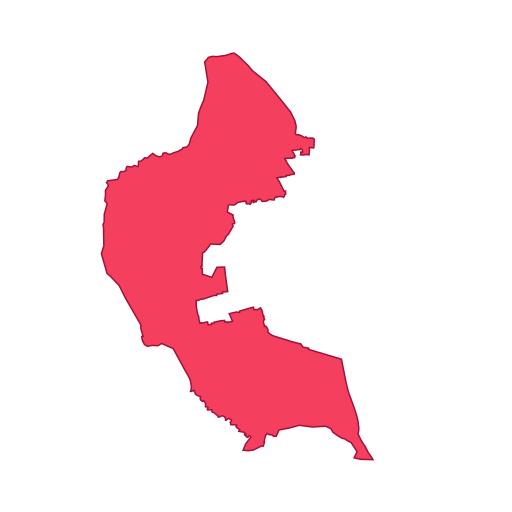 outline of Ungogo, Kano, Nigeria, rotated 284°
{"feature_id": "59680162B36976404849364", "entity_name": "Ungogo", "entity_type": "district", "adm_level": 2, "iso_a3": "NGA", "parent_name": "Nigeria", "parent_adm1": "Kano", "projection": "natural_earth1", "projection_center": [8.508, 12.042], "detail": "fine", "context": "isolated", "style": "filled", "palette": "rose", "viewbox_px": 512, "rotation_deg": 284, "n_neighbors": 0, "source": "geoboundaries", "source_scale": "gbopen_adm2", "svg_char_len": 6033}
<svg xmlns="http://www.w3.org/2000/svg" viewBox="0 0 512 512"><g transform="rotate(284 256 256)"><path d="M360.8,269.7L361.5,269.4L361.8,269.6L362.4,269.8L362.5,269.4L362.8,269.4L363.2,268.9L364.1,268.4L366.3,266.0L367.2,265.5L369.9,272.8L370.3,273.2L371.0,273.5L370.2,275.1L369.8,275.5L369.1,275.6L368.5,276.0L367.8,276.1L367.8,274.4L364.9,274.7L365.3,277.0L366.6,280.2L366.9,283.0L368.0,283.0L374.2,281.6L374.8,285.9L378.4,285.4L379.7,284.9L381.4,284.8L382.6,284.6L383.3,284.2L383.8,283.8L384.1,283.0L384.1,282.4L384.0,281.6L383.4,279.7L383.0,278.9L382.8,277.9L383.6,275.4L383.1,275.0L382.7,274.5L382.7,273.7L383.5,271.6L383.9,270.0L383.9,267.9L383.6,266.5L383.7,265.4L384.3,264.6L387.9,264.1L389.8,264.0L392.5,263.2L394.2,262.2L396.8,260.9L404.0,254.8L411.8,244.7L427.6,223.6L434.8,208.0L437.1,204.6L438.6,202.8L440.9,199.0L442.1,196.6L444.2,193.5L445.8,190.2L447.6,185.7L446.5,183.1L444.7,180.4L443.3,178.0L440.0,169.9L439.2,165.4L437.2,161.8L434.6,160.7L432.0,159.2L413.0,167.3L394.5,167.6L389.6,166.7L380.9,165.7L369.1,167.6L367.6,167.5L354.9,164.3L348.1,164.1L345.0,162.5L343.5,158.9L342.1,158.6L338.7,155.1L336.1,150.9L334.3,148.8L333.5,146.7L334.3,144.2L333.9,142.2L333.4,141.1L332.7,140.9L331.7,141.0L330.7,140.9L329.9,140.1L329.2,139.2L328.8,137.3L329.2,134.3L330.6,131.0L324.7,126.7L324.5,124.4L320.3,121.5L319.5,119.2L314.4,120.0L314.1,118.9L314.3,117.5L314.4,115.8L312.3,114.1L311.7,109.2L310.2,108.8L307.4,109.1L305.7,106.8L305.4,104.6L303.6,103.7L299.5,103.8L296.9,103.2L293.1,93.9L291.0,93.2L290.3,94.5L288.2,95.8L283.2,94.0L279.3,95.1L272.9,96.0L271.0,98.9L259.7,98.7L252.0,100.5L249.7,99.9L245.4,101.6L240.8,102.7L229.1,105.9L220.9,105.4L207.0,113.4L203.0,115.7L201.2,119.5L194.1,130.5L184.0,139.1L161.3,160.9L157.8,161.8L150.8,165.8L150.3,164.6L146.7,166.1L143.1,169.2L142.1,172.5L144.2,177.0L145.2,182.5L148.3,185.7L146.1,198.1L128.2,214.5L123.7,218.9L119.7,222.2L113.7,224.9L110.8,225.3L108.8,225.2L109.0,226.3L110.0,227.1L110.6,228.5L109.6,228.8L109.1,230.0L107.9,230.0L106.9,231.5L106.3,233.8L106.2,236.4L105.3,236.2L104.2,236.3L103.0,237.0L102.1,238.6L101.9,239.3L102.8,240.0L102.7,240.8L100.1,243.1L99.0,243.1L97.7,243.3L97.4,243.5L97.7,244.9L97.6,245.8L97.3,246.2L96.7,246.2L95.8,245.8L95.1,245.9L94.9,246.5L96.2,250.3L95.9,250.7L95.5,250.5L94.7,250.7L93.9,251.2L93.8,252.8L93.4,254.0L92.6,255.9L91.9,257.2L91.4,257.8L90.5,258.3L91.3,260.1L91.7,260.6L92.6,261.2L92.8,263.2L92.7,263.7L91.7,265.3L89.3,266.2L89.6,267.0L90.6,267.4L91.7,268.2L91.2,271.8L91.0,272.0L89.1,271.7L88.3,271.2L87.3,272.0L86.6,272.1L86.2,272.5L86.6,274.3L87.1,276.0L87.3,277.3L87.1,278.3L86.0,277.8L85.0,278.6L83.5,282.3L82.3,281.8L81.7,281.7L82.1,287.0L81.8,287.7L79.9,288.0L79.6,288.5L80.5,289.4L79.0,289.5L78.4,290.3L78.0,291.4L78.3,292.2L79.5,292.2L79.8,292.8L80.0,293.7L79.2,294.8L71.0,291.4L64.4,290.5L65.3,295.9L67.2,300.6L72.9,307.1L73.3,309.1L76.7,309.2L79.3,308.7L82.7,308.6L84.8,309.0L86.6,309.7L85.8,312.2L86.2,313.8L86.2,314.6L85.8,315.5L85.5,316.2L85.3,317.0L85.9,318.5L85.9,319.2L92.8,320.5L97.1,329.8L102.2,338.9L103.7,351.9L107.7,364.9L106.5,370.5L103.6,373.3L101.5,378.5L99.9,383.7L100.1,386.3L99.1,388.7L98.0,393.4L90.6,401.4L83.9,400.0L84.0,406.8L86.7,418.8L90.7,414.6L92.1,412.8L97.7,408.0L99.2,406.1L102.9,402.3L108.2,398.0L111.7,397.9L114.5,397.2L120.2,395.0L125.8,392.1L128.0,390.8L131.2,388.8L141.5,381.9L144.2,380.0L147.4,378.0L155.0,374.0L176.5,363.9L178.1,329.5L179.3,329.5L179.0,323.5L180.1,322.3L181.7,320.4L181.7,319.7L181.4,319.5L181.3,319.2L181.5,317.8L181.6,310.5L182.7,292.0L183.6,288.7L184.6,286.7L184.8,285.9L187.1,285.6L188.7,284.4L190.3,282.7L189.7,281.2L191.2,280.7L191.4,280.4L192.6,279.7L194.3,279.0L195.9,279.3L196.0,279.2L196.4,279.7L197.2,279.3L198.7,277.9L199.2,278.4L199.8,277.9L199.7,277.6L200.0,277.3L202.9,275.9L203.2,275.9L204.3,275.2L206.8,272.9L204.5,270.7L203.4,267.2L205.7,265.9L205.1,264.6L198.6,253.4L197.3,253.7L196.9,250.5L193.6,244.0L187.0,249.0L186.5,247.9L185.7,246.8L185.7,246.5L184.7,244.8L185.2,244.4L185.1,244.1L184.4,241.7L185.9,241.1L184.7,237.6L183.1,234.2L182.0,232.3L181.7,231.4L180.7,231.6L180.0,229.0L178.7,229.3L177.7,226.3L180.3,224.9L179.8,223.6L177.5,219.2L177.9,219.0L177.3,217.8L178.2,217.3L180.2,216.2L183.4,215.1L184.6,214.0L189.0,211.8L192.9,210.2L198.3,208.7L199.2,211.2L200.6,212.7L201.4,215.1L203.5,218.5L205.1,220.8L205.7,222.0L207.1,223.9L208.0,226.3L208.2,227.4L209.4,227.1L210.9,230.9L211.6,232.7L212.9,232.1L213.7,234.5L214.0,235.7L214.7,237.2L216.4,236.4L231.1,230.6L237.7,228.2L235.6,220.8L224.6,218.3L225.2,210.6L225.2,208.5L231.1,206.8L230.8,205.6L233.1,205.2L233.2,206.1L234.9,205.6L246.3,203.4L247.5,205.0L253.3,207.8L256.7,209.0L258.5,218.4L262.6,221.1L268.2,222.5L270.6,224.1L273.4,224.8L274.3,225.2L275.4,225.4L279.3,226.6L281.3,225.3L281.7,225.9L282.0,226.7L282.3,227.2L282.8,227.4L283.3,227.3L284.1,226.9L287.3,224.9L289.6,223.6L290.2,223.9L291.7,217.7L292.8,217.5L298.4,217.0L299.3,217.6L300.0,221.5L300.4,222.7L301.2,223.7L302.5,224.5L303.7,225.6L305.8,230.2L306.7,232.5L306.4,233.3L305.5,233.3L304.9,233.6L304.5,234.0L304.4,234.4L304.3,234.7L305.0,236.1L305.1,236.5L305.0,237.1L304.7,237.5L304.9,237.8L305.1,238.0L306.3,238.4L306.5,238.6L307.1,238.6L307.6,238.4L307.9,238.0L308.2,237.9L308.5,238.1L309.2,239.1L309.5,240.6L309.2,240.8L308.7,240.6L308.1,240.7L308.1,240.3L307.9,240.0L307.7,240.1L307.6,240.4L307.3,240.6L307.5,241.0L308.5,242.1L308.6,242.5L308.6,242.8L308.8,243.1L309.2,243.2L309.9,243.0L310.2,243.1L310.7,243.8L311.6,244.3L312.0,245.0L311.9,247.1L310.5,248.6L310.6,249.6L310.9,250.6L312.2,253.4L314.1,255.2L314.4,258.2L314.8,260.1L316.8,260.2L317.8,260.6L317.9,261.7L318.7,262.5L319.4,264.6L320.0,267.2L319.6,268.6L320.6,268.7L321.2,269.2L322.5,269.0L322.9,269.6L323.6,269.9L324.1,269.7L324.8,269.1L326.2,269.0L325.8,267.4L333.6,260.9L337.0,257.2L338.4,261.1L338.6,261.0L339.1,262.8L340.5,266.1L341.4,265.8L342.4,269.0L343.3,270.0L344.7,273.3L346.0,273.1L346.5,272.0L351.9,265.7L354.1,263.4L355.6,262.1L357.6,260.2L359.7,267.6L360.1,267.5L360.8,269.7Z" fill="#f43f5e" stroke="#9f1239" stroke-width="1.5"/></g></svg>